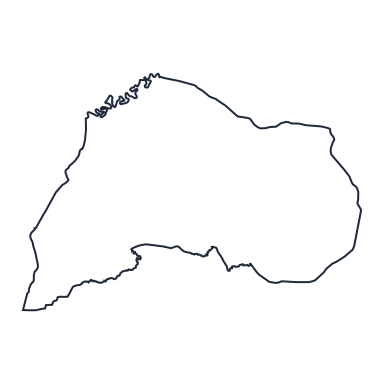 the district of Ban Lueam, Nakhon Ratchasima, Thailand
{"feature_id": "78962969B51286671896071", "entity_name": "Ban Lueam", "entity_type": "district", "adm_level": 2, "iso_a3": "THA", "parent_name": "Thailand", "parent_adm1": "Nakhon Ratchasima", "projection": "orthographic", "projection_center": [102.112, 15.575], "detail": "fine", "context": "isolated", "style": "outline", "palette": "slate", "viewbox_px": 384, "rotation_deg": 0, "n_neighbors": 0, "source": "geoboundaries", "source_scale": "gbopen_adm2", "svg_char_len": 5897}
<svg xmlns="http://www.w3.org/2000/svg" viewBox="0 0 384 384"><path d="M160.4,76.8L159.8,77.2L159.2,76.9L158.9,74.8L158.5,74.0L158.0,73.7L156.0,75.1L155.2,76.7L154.8,77.0L153.4,76.7L152.1,74.5L151.7,74.2L151.1,74.1L150.1,74.7L149.3,77.6L147.9,79.0L147.8,79.5L148.4,80.2L150.4,80.6L150.7,81.0L150.8,81.8L148.7,85.5L148.1,87.1L147.3,87.6L145.3,87.3L144.8,86.5L145.0,85.3L146.1,84.4L146.5,83.3L145.9,80.9L146.2,79.4L145.4,77.5L144.7,77.4L144.2,77.9L144.7,79.5L144.4,80.2L140.6,79.9L140.0,80.0L139.7,80.5L139.9,82.0L137.9,86.3L137.1,86.4L136.0,85.4L135.3,85.3L134.7,85.8L134.1,87.4L132.0,87.7L130.6,88.7L130.2,89.4L130.2,89.9L130.7,90.4L132.7,91.5L136.3,89.0L136.7,88.9L137.2,89.2L137.4,89.5L137.5,90.1L135.8,91.9L135.3,93.1L135.5,94.1L136.7,96.3L136.6,97.6L135.9,98.1L134.5,98.1L131.9,96.5L129.7,96.0L128.9,95.4L127.1,93.1L126.3,93.0L125.8,93.5L125.6,94.2L125.7,96.7L126.0,97.8L126.3,98.2L127.7,98.5L128.6,99.2L128.8,99.7L128.6,100.5L127.5,102.3L126.8,102.6L125.4,103.0L123.8,103.7L122.5,103.7L121.2,104.2L120.2,103.7L119.9,102.8L120.4,101.8L121.3,101.3L123.9,100.8L124.3,100.5L124.4,100.1L122.8,98.6L121.7,97.1L120.8,96.5L120.0,96.5L119.5,96.9L119.6,98.8L119.4,99.4L116.9,101.5L116.5,103.7L115.6,106.1L115.1,107.0L114.4,107.0L113.1,105.8L112.0,102.7L112.4,101.7L111.9,100.6L112.4,99.1L112.3,97.1L110.9,95.8L110.2,95.6L109.5,96.0L107.2,100.0L105.5,101.9L105.3,102.5L105.8,103.1L107.9,103.3L110.2,104.7L111.2,106.6L111.3,107.8L110.7,108.4L108.9,108.5L105.5,107.3L103.4,107.0L102.1,107.2L101.3,107.8L100.9,108.7L101.3,109.5L104.1,108.8L105.4,108.8L106.5,109.1L107.0,110.1L106.9,110.7L106.0,112.4L105.5,114.3L104.3,115.6L102.0,117.1L101.3,117.1L100.6,116.8L100.4,116.2L100.5,115.6L101.6,114.2L103.8,112.7L104.0,112.0L103.4,111.6L101.2,111.7L100.1,111.6L99.3,111.1L98.0,109.8L97.3,109.5L96.4,109.3L95.8,109.7L95.6,110.5L96.1,111.9L97.3,113.2L99.1,113.7L99.3,114.2L98.8,114.9L97.3,115.9L96.3,115.7L94.3,114.4L89.3,112.3L88.3,112.2L87.8,112.5L87.6,114.1L88.4,115.8L88.4,116.6L88.1,117.2L87.2,118.0L85.8,118.5L86.0,130.0L85.0,139.8L83.8,145.4L82.4,148.9L81.8,148.7L79.9,150.6L79.1,154.6L78.5,156.0L75.9,159.6L74.4,161.5L69.3,166.0L68.6,167.8L65.9,170.0L65.5,171.4L65.6,173.2L66.5,175.3L66.7,176.6L68.3,179.4L68.3,180.5L65.8,182.8L62.1,185.2L55.9,192.3L45.6,211.1L43.7,214.0L35.9,228.0L35.5,228.4L34.7,228.2L34.7,229.3L31.4,232.8L30.7,234.1L30.3,235.3L30.5,237.8L31.0,239.3L32.4,241.6L33.5,246.9L35.2,252.0L37.8,264.4L37.9,266.6L37.5,268.4L36.1,270.3L34.7,271.6L33.8,275.5L33.8,280.8L30.6,284.6L30.1,286.3L29.2,288.1L28.7,291.9L28.4,292.4L27.3,293.4L23.0,310.0L28.9,310.3L36.2,310.2L40.6,309.1L45.2,308.4L45.5,306.6L46.0,305.1L52.0,304.8L52.3,304.5L52.5,303.4L53.0,302.8L53.3,301.7L54.5,300.9L55.7,300.8L57.0,299.8L57.6,297.3L60.3,296.7L63.3,296.9L67.7,296.7L68.3,295.1L68.8,294.8L72.4,287.7L73.5,286.4L76.7,285.3L79.6,285.0L80.7,284.5L81.8,283.4L82.3,283.4L82.6,282.5L83.5,281.9L86.1,281.4L86.6,281.5L86.9,281.9L88.1,281.6L88.6,282.3L90.6,280.1L91.1,279.8L91.8,280.3L92.0,281.0L92.6,280.7L93.1,281.0L93.8,280.8L94.1,281.4L95.1,281.1L95.9,281.5L97.4,281.8L97.6,282.4L101.4,282.8L104.0,281.5L104.2,280.8L105.6,281.5L106.0,280.9L106.0,280.2L107.3,279.5L107.5,278.9L108.7,279.0L109.5,278.6L109.9,278.1L112.1,278.1L114.4,279.2L116.2,278.4L116.6,277.4L117.5,276.0L118.2,275.7L118.8,275.8L119.5,275.6L120.3,273.4L122.5,271.4L123.1,271.4L125.0,270.6L126.1,270.8L126.8,270.3L127.3,270.6L128.0,270.5L128.5,269.5L129.6,269.6L130.4,270.0L131.5,269.8L132.3,270.0L133.0,269.4L133.3,268.7L135.8,267.7L135.8,266.2L136.3,265.8L136.6,264.8L137.9,263.9L137.8,262.2L136.9,261.8L136.7,260.6L136.4,260.2L136.7,258.5L137.0,258.1L137.7,258.4L137.7,259.2L138.1,259.4L138.4,259.2L138.8,258.5L139.6,259.1L140.2,259.3L140.9,258.0L140.0,256.1L139.0,256.2L138.0,255.7L137.5,255.8L137.2,255.6L136.6,254.1L135.5,253.4L135.1,252.0L134.8,252.1L134.7,253.0L134.4,253.6L133.7,253.5L133.8,252.6L133.0,251.7L132.9,251.0L132.1,251.3L132.2,250.4L131.4,249.6L131.4,248.9L134.3,247.4L138.4,245.8L142.1,244.9L146.2,244.3L163.0,246.4L171.1,248.2L176.0,246.4L178.1,246.5L179.0,247.0L182.2,250.2L184.1,251.4L186.2,252.1L190.4,252.9L191.2,253.2L192.1,254.0L193.1,253.8L194.2,254.5L194.9,253.9L195.4,254.1L197.3,253.8L198.0,254.8L199.5,254.6L200.5,255.2L201.3,255.3L201.5,256.0L201.9,256.2L202.8,256.4L203.4,256.2L203.8,256.4L204.4,256.4L205.0,255.7L205.4,255.7L205.9,255.3L206.3,255.6L207.4,255.3L207.2,254.0L206.9,253.6L207.8,253.3L208.0,252.6L208.3,252.3L208.0,251.6L209.3,250.9L209.5,250.1L210.1,250.1L210.3,249.8L211.2,249.6L212.2,248.1L211.8,246.9L212.5,246.7L213.0,247.0L213.7,246.9L214.1,247.4L215.8,247.6L216.7,248.4L217.9,252.0L220.8,256.1L222.1,258.2L223.2,260.6L226.9,266.5L227.4,269.5L227.6,270.0L228.3,270.7L229.5,270.8L229.8,270.6L229.8,269.0L230.4,268.7L231.0,268.0L232.0,268.1L232.0,266.7L232.3,266.3L233.8,266.6L234.7,266.1L235.8,266.8L237.1,266.8L239.2,266.1L239.5,265.2L242.7,264.2L243.1,264.4L243.3,265.4L245.8,265.3L246.8,264.9L247.7,265.1L248.4,265.9L249.0,265.9L250.0,265.3L250.0,264.0L250.6,263.8L256.8,272.3L259.0,274.6L269.3,281.9L274.2,282.7L276.2,282.9L278.8,282.5L281.0,281.5L282.1,281.3L295.8,282.1L308.9,282.1L312.7,281.2L315.2,280.2L323.6,272.6L326.4,268.7L332.2,263.8L336.9,261.5L344.6,256.6L352.8,249.5L354.2,246.0L361.0,210.8L360.8,209.2L358.1,204.8L357.4,203.3L358.1,199.7L358.3,193.9L358.2,191.9L357.1,188.4L356.0,186.7L352.8,184.2L351.9,182.8L349.5,176.7L348.0,174.5L343.8,169.2L333.3,157.0L331.2,154.1L330.6,151.5L330.9,148.0L332.7,142.7L334.3,139.5L333.4,137.0L330.8,133.6L330.5,132.9L330.1,129.6L329.8,128.8L326.8,127.7L320.8,126.4L305.9,125.2L299.0,123.6L291.4,123.4L288.7,122.2L286.4,121.9L281.2,123.1L276.0,126.7L269.9,127.0L265.9,128.1L260.7,128.4L257.8,127.2L254.4,124.7L252.9,122.8L250.1,118.8L247.9,118.0L238.9,116.6L237.5,116.3L225.6,105.7L216.8,99.8L216.0,99.1L209.6,96.6L202.8,90.9L197.8,88.0L195.4,85.7L193.1,84.8L179.0,81.0L164.1,78.0L160.4,76.8Z" fill="none" stroke="#1e293b" stroke-width="2"/></svg>